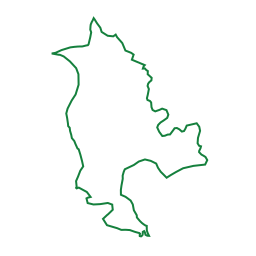 Ughelli South, Delta, Nigeria, rotated 184°
{"feature_id": "59680162B30773939854921", "entity_name": "Ughelli South", "entity_type": "district", "adm_level": 2, "iso_a3": "NGA", "parent_name": "Nigeria", "parent_adm1": "Delta", "projection": "robinson", "projection_center": [5.889, 5.347], "detail": "fine", "context": "isolated", "style": "outline", "palette": "green", "viewbox_px": 256, "rotation_deg": 184, "n_neighbors": 0, "source": "geoboundaries", "source_scale": "gbopen_adm2", "svg_char_len": 2458}
<svg xmlns="http://www.w3.org/2000/svg" viewBox="0 0 256 256"><g transform="rotate(184 128 128)"><path d="M167.3,231.8L168.8,233.9L169.9,235.2L170.8,232.7L171.5,231.3L172.4,228.6L172.5,226.9L172.5,225.2L172.5,223.5L171.4,220.9L172.0,215.8L173.2,208.7L173.8,207.8L175.5,207.4L179.1,206.2L183.4,205.8L187.2,205.2L191.2,204.4L199.7,201.1L205.6,197.9L206.1,197.8L209.3,197.0L202.0,196.2L201.1,196.3L197.1,194.9L190.6,190.4L183.9,184.1L181.2,178.2L180.6,171.3L180.3,167.7L182.6,157.8L186.1,151.5L189.6,143.2L190.6,138.2L189.4,133.7L188.2,128.2L187.8,125.7L186.2,124.2L185.6,121.1L184.6,118.4L184.2,117.4L183.3,114.0L180.7,111.3L179.2,108.2L177.0,104.1L175.7,103.3L173.6,97.9L171.5,91.7L170.0,86.6L172.6,82.1L174.4,76.2L176.1,71.4L175.3,66.8L175.1,66.0L175.6,64.7L175.1,64.3L175.0,64.2L172.9,65.1L164.6,61.3L160.5,56.6L163.2,55.7L164.5,54.9L163.0,50.3L157.1,49.3L150.6,50.1L149.2,50.4L142.9,51.8L138.4,50.5L138.3,49.7L137.5,45.4L141.9,40.5L142.8,39.7L146.6,35.6L142.2,29.6L137.7,28.6L131.8,27.3L127.6,25.9L123.2,26.3L119.0,26.3L114.3,25.0L113.0,24.7L111.1,24.3L109.4,24.0L108.6,23.4L108.9,22.2L108.7,21.0L107.4,20.8L106.2,21.9L105.9,23.1L106.0,25.4L104.7,26.3L103.9,25.2L103.1,22.7L101.3,21.9L99.5,21.9L101.2,24.9L102.1,27.2L102.5,31.7L103.7,31.9L105.8,33.1L107.6,34.3L109.6,36.0L112.9,39.4L113.2,41.6L116.4,46.3L117.9,52.1L120.3,55.8L123.6,57.9L125.7,59.2L130.4,60.9L130.8,65.7L130.5,70.1L130.3,71.8L129.7,76.9L130.0,80.1L129.2,84.0L128.3,86.6L119.6,91.5L114.9,95.3L108.9,97.8L103.0,96.8L97.4,94.5L95.3,90.4L92.3,86.6L89.4,84.1L86.0,81.1L82.1,84.0L77.1,87.4L70.2,91.7L60.0,94.8L48.5,96.9L46.7,101.5L48.7,104.5L50.9,105.7L52.9,106.6L55.4,108.9L55.4,110.1L54.3,112.8L53.9,114.8L55.8,115.2L57.5,117.6L57.5,123.0L55.9,130.2L57.0,134.2L59.8,137.5L69.6,134.5L70.7,131.3L71.9,128.9L74.0,128.2L76.6,130.2L79.2,131.4L81.5,131.0L82.7,129.0L85.6,124.5L88.0,124.2L90.6,122.9L93.2,122.4L96.6,126.4L98.9,130.6L98.1,133.2L95.9,135.8L93.1,137.9L89.6,140.8L88.7,144.1L90.9,148.5L95.3,149.7L97.8,148.3L102.0,146.5L104.7,147.7L106.0,150.4L106.7,155.1L108.0,156.5L110.5,157.3L111.2,159.0L110.6,162.5L109.9,168.3L111.4,171.3L111.0,173.6L110.0,175.2L108.0,177.1L107.9,179.7L112.1,183.0L112.2,186.2L113.8,187.1L115.4,188.6L117.3,188.3L117.0,189.6L116.6,190.8L115.7,191.9L128.9,196.4L127.5,201.6L130.1,203.2L136.0,205.1L139.6,212.3L145.2,217.8L146.8,220.3L149.1,218.4L154.7,218.6L161.0,222.0L162.6,226.1L166.2,230.3L167.3,231.8Z" fill="none" stroke="#15803d" stroke-width="2"/></g></svg>